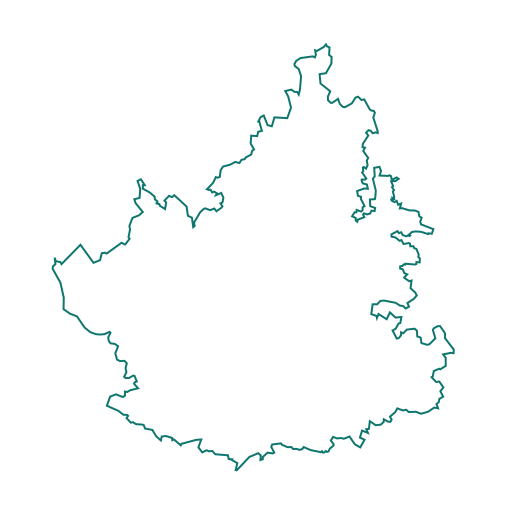 Ennis Lea-7, Clare, Ireland (Mercator projection), rotated 93°
{"feature_id": "5873133B50268153868150", "entity_name": "Ennis Lea-7", "entity_type": "district", "adm_level": 2, "iso_a3": "IRL", "parent_name": "Ireland", "parent_adm1": "Clare", "projection": "mercator", "projection_center": [-8.994, 52.844], "detail": "fine", "context": "isolated", "style": "outline", "palette": "teal", "viewbox_px": 512, "rotation_deg": 93, "n_neighbors": 0, "source": "geoboundaries", "source_scale": "gbopen_adm2", "svg_char_len": 6058}
<svg xmlns="http://www.w3.org/2000/svg" viewBox="0 0 512 512"><g transform="rotate(93 256 256)"><path d="M319.2,445.4L323.3,438.8L325.7,431.6L336.4,423.4L340.7,417.6L342.4,412.0L342.6,408.1L342.0,403.2L339.4,398.3L340.3,397.3L344.9,399.3L348.3,398.7L350.8,396.7L351.2,392.4L353.3,389.0L360.5,391.4L366.7,389.4L368.0,386.5L367.6,381.8L370.0,379.4L374.7,380.4L378.8,379.3L383.6,381.4L384.7,379.8L384.5,376.5L381.9,372.4L382.0,371.1L387.5,368.5L388.7,370.8L390.0,371.0L394.3,366.9L396.7,374.8L398.6,377.6L398.2,379.7L402.5,379.6L403.8,381.7L401.5,388.7L404.1,394.3L413.3,397.1L417.9,385.2L421.5,380.1L421.4,376.3L422.4,375.4L424.6,376.8L429.0,372.3L428.4,370.2L430.2,367.0L430.3,360.8L430.8,359.2L434.1,357.8L435.1,350.4L441.2,346.3L445.2,341.3L441.2,340.7L440.5,336.5L442.0,330.4L444.3,329.9L443.4,328.5L449.0,321.2L447.5,320.7L442.7,306.0L442.1,301.1L450.1,303.5L454.9,299.4L452.6,295.1L453.5,292.7L453.0,289.4L456.1,286.3L456.5,273.6L460.2,272.6L460.3,269.2L460.9,269.5L463.8,263.8L470.8,265.1L471.0,264.0L457.1,252.2L452.8,243.4L454.9,240.8L459.5,240.9L458.6,238.6L456.4,238.7L451.8,234.2L452.3,228.8L451.4,227.5L445.8,230.8L443.4,230.0L441.8,221.2L443.1,220.3L445.2,214.7L445.0,210.7L446.8,208.7L446.5,205.7L447.3,202.2L446.4,199.7L444.3,198.4L447.0,191.2L448.5,181.0L447.5,179.9L448.8,179.0L448.7,177.7L447.1,176.1L447.9,175.0L447.4,173.4L444.5,172.2L441.4,168.8L440.0,168.6L436.3,171.6L432.6,169.5L433.9,165.6L433.3,161.5L433.9,158.8L431.4,153.2L438.8,147.5L441.7,141.9L433.8,138.0L431.9,142.7L424.8,140.9L426.8,135.0L423.2,136.8L422.7,134.2L415.0,133.7L418.7,127.6L417.9,122.6L415.1,119.9L412.4,119.8L414.5,115.5L414.6,113.2L412.3,112.0L409.4,113.8L404.7,108.8L400.8,106.9L402.5,101.2L401.7,98.0L403.8,95.3L403.2,88.2L404.9,82.9L402.5,76.0L398.0,70.0L398.6,66.2L394.4,68.0L392.5,65.9L389.0,65.4L386.7,61.7L381.4,64.8L377.4,62.0L371.8,66.4L372.4,69.5L367.8,74.3L367.1,73.2L361.5,72.4L359.0,67.1L359.5,66.0L355.8,60.8L347.7,61.2L344.5,64.0L342.5,56.4L342.7,53.6L339.1,53.6L328.1,63.0L323.5,63.1L321.2,64.7L316.4,68.5L316.5,70.7L318.9,74.7L320.6,75.5L328.9,72.6L335.1,78.3L335.7,80.4L334.3,86.2L328.9,87.3L327.9,90.7L322.2,91.4L320.3,93.7L321.6,101.6L325.5,104.9L324.6,107.1L327.7,107.1L330.4,109.0L331.1,111.1L323.2,115.7L321.3,112.7L316.0,110.1L315.4,108.4L309.3,107.6L310.2,113.4L305.3,119.3L312.3,122.2L307.5,130.6L311.5,132.0L309.6,132.5L308.0,137.8L298.1,137.0L297.9,132.5L294.4,129.5L293.8,125.9L295.4,114.2L298.0,109.6L298.3,106.4L300.6,103.8L298.6,100.6L295.0,102.3L290.6,96.2L287.0,93.4L284.2,95.0L280.1,100.0L272.4,99.4L273.2,101.6L270.4,106.2L269.7,106.9L266.4,104.0L265.3,107.0L261.5,108.8L261.1,111.3L260.4,111.5L258.7,111.4L258.4,109.3L256.7,108.1L256.8,106.5L255.9,106.4L256.2,96.8L255.6,95.5L253.7,95.5L253.8,92.2L249.8,92.3L248.3,93.9L246.0,93.6L240.5,96.2L240.0,98.3L238.0,99.3L238.2,102.4L235.5,102.9L235.1,104.1L236.3,109.3L232.5,111.6L233.3,113.5L230.2,117.6L229.6,121.7L227.3,121.9L223.8,116.0L225.7,114.5L224.7,112.3L227.4,110.6L228.5,106.9L227.3,105.1L228.1,104.0L227.5,103.1L226.5,104.2L223.8,101.4L223.1,97.8L223.2,92.5L225.1,85.3L224.3,85.0L224.6,81.6L219.9,80.3L215.8,92.8L213.2,93.8L209.1,92.6L207.8,95.0L203.5,96.0L202.3,99.5L202.4,105.3L200.6,112.5L201.0,114.8L196.0,113.8L197.4,116.7L193.6,118.4L194.9,120.5L193.6,123.4L192.4,123.9L192.1,121.3L190.7,122.5L190.9,121.1L189.9,121.0L184.4,122.7L183.0,121.6L180.1,123.8L178.9,122.7L174.4,125.0L173.8,120.6L171.5,117.6L170.2,119.8L172.2,123.2L172.2,124.6L169.2,125.3L168.4,127.1L169.1,128.1L169.2,136.8L164.7,135.6L160.5,137.4L161.8,142.6L170.2,141.6L172.7,143.3L184.4,139.8L190.6,139.9L193.0,140.3L193.6,145.2L200.3,144.5L201.8,139.5L204.9,139.9L204.7,143.0L207.6,144.2L208.6,147.1L207.8,150.5L209.0,151.2L211.6,149.9L214.3,156.2L216.5,156.7L215.5,158.2L212.8,158.4L211.3,162.1L207.2,159.8L207.1,158.0L204.7,157.9L206.1,153.4L204.8,152.0L201.7,152.0L200.5,150.2L193.8,154.1L191.4,154.2L190.5,157.4L185.8,158.4L182.9,151.3L183.0,147.8L178.8,149.0L177.9,153.2L175.0,154.5L174.1,154.4L173.9,150.9L172.9,149.9L167.0,154.4L165.5,153.3L162.0,153.9L161.5,152.9L163.0,150.7L159.4,149.3L155.0,150.4L152.2,149.1L145.5,154.4L142.1,152.8L141.8,155.3L138.5,155.2L129.8,150.2L127.1,152.5L124.5,150.2L124.9,148.1L127.3,145.9L126.3,142.9L126.8,140.9L125.1,141.0L111.6,146.1L106.8,144.8L104.9,145.9L104.8,148.3L103.6,150.1L94.0,156.1L94.7,158.8L91.6,162.4L92.6,164.9L98.6,168.3L102.8,175.1L102.5,177.2L99.8,180.2L94.8,182.3L99.0,187.8L99.1,189.5L96.7,192.2L93.1,192.6L87.6,190.5L80.4,200.6L71.1,202.0L69.8,195.7L59.9,190.8L53.3,190.9L51.4,193.5L43.9,193.5L42.9,196.1L41.0,197.2L43.6,199.1L48.0,205.8L47.5,207.7L51.9,206.7L54.6,207.6L53.7,209.8L56.0,221.9L59.1,226.1L62.4,227.7L64.3,227.1L67.1,223.1L74.1,220.4L87.4,220.8L92.5,221.8L90.1,223.3L90.0,226.3L88.0,229.4L89.7,235.4L95.0,232.2L106.0,228.8L116.7,232.0L116.6,244.8L125.6,247.0L124.7,251.3L115.3,255.6L117.2,258.8L121.6,260.7L121.6,259.7L130.8,256.7L131.8,260.3L136.2,261.1L136.1,267.1L144.0,267.2L149.7,263.5L151.5,265.5L155.0,266.1L158.0,271.3L159.9,272.4L160.7,275.5L164.0,277.4L163.2,281.7L166.2,286.7L168.4,293.6L172.2,295.8L179.0,296.3L179.8,298.4L179.3,300.2L185.4,302.8L191.9,308.5L192.5,306.6L192.1,305.0L194.8,303.1L193.9,301.2L195.5,298.2L197.3,299.1L194.9,294.0L199.4,291.6L204.3,292.3L205.3,294.3L208.1,292.1L209.6,293.1L213.4,297.8L210.8,300.1L212.6,304.2L211.1,309.2L211.7,310.6L215.0,313.9L226.0,319.7L229.2,318.8L230.5,320.2L221.1,322.0L219.4,326.1L210.3,327.9L205.0,334.2L199.6,340.8L201.6,342.9L200.5,346.0L205.5,350.3L207.2,348.5L213.9,349.3L210.8,354.7L209.2,355.2L208.6,358.9L208.2,357.3L206.6,357.3L204.8,359.9L202.0,360.4L198.2,365.3L194.7,372.5L191.2,372.7L191.1,370.8L185.4,375.0L187.3,378.2L195.0,375.1L204.1,375.3L205.7,380.5L209.5,379.0L218.0,371.4L221.5,375.0L224.4,381.3L232.6,384.0L236.2,383.2L243.9,384.3L245.3,383.1L250.8,386.8L251.4,387.5L249.8,390.9L261.4,405.3L260.6,407.0L261.3,410.2L268.3,411.5L271.3,417.9L254.0,431.9L274.3,449.8L272.3,451.1L271.7,455.6L268.2,457.0L274.7,455.9L277.0,458.3L279.4,458.4L292.9,449.9L307.7,445.8L319.2,445.4Z" fill="none" stroke="#0f766e" stroke-width="2"/></g></svg>